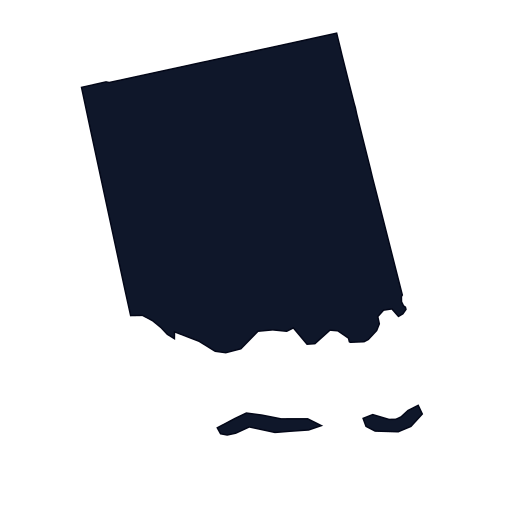 Jackson, Mississippi, United States of America, rotated 348°
{"feature_id": "52423323B10934602069357", "entity_name": "Jackson", "entity_type": "district", "adm_level": 2, "iso_a3": "USA", "parent_name": "United States of America", "parent_adm1": "Mississippi", "projection": "equal_earth", "projection_center": [-88.578, 30.463], "detail": "fine", "context": "isolated", "style": "filled", "palette": "ink", "viewbox_px": 512, "rotation_deg": 348, "n_neighbors": 0, "source": "geoboundaries", "source_scale": "gbopen_adm2", "svg_char_len": 1301}
<svg xmlns="http://www.w3.org/2000/svg" viewBox="0 0 512 512"><g transform="rotate(348 256 256)"><path d="M120.4,54.8L120.4,97.7L120.6,183.4L120.8,262.2L121.0,288.2L132.7,290.5L141.5,297.9L148.3,306.4L153.0,314.2L159.0,319.9L160.5,313.2L182.6,327.6L195.1,339.6L196.3,340.7L206.3,344.3L221.9,343.6L242.3,330.0L256.7,331.7L256.9,331.7L270.4,336.0L277.6,334.1L287.6,352.9L295.4,354.0L312.9,343.9L320.5,346.2L329.4,355.6L329.5,359.3L330.3,360.0L343.9,362.3L348.5,361.0L358.5,354.0L362.5,348.0L362.5,340.6L369.5,335.5L377.9,336.0L382.8,344.7L387.6,343.1L391.6,339.4L391.5,337.1L389.9,335.4L388.8,331.0L389.8,325.9L391.0,324.6L386.9,220.3L386.2,203.9L386.0,196.4L386.0,195.1L385.6,184.2L384.8,162.2L384.0,137.9L384.0,131.3L383.7,127.4L382.8,104.0L381.8,76.3L381.7,71.5L381.3,58.6L381.3,57.6L381.2,54.8L306.5,55.2L243.9,55.4L148.5,55.8L145.5,54.5L120.4,54.8ZM182.4,416.0L184.4,422.5L190.6,425.1L199.3,425.1L213.9,421.8L237.8,432.5L239.8,432.8L253.0,434.5L271.3,437.1L284.6,435.5L272.7,426.0L246.6,420.5L240.1,417.7L228.6,412.8L213.9,407.6L201.8,410.5L182.4,416.0ZM327.0,437.1L328.2,445.5L336.1,452.0L358.6,457.5L361.5,456.9L372.1,454.9L385.8,445.1L383.6,435.8L372.6,438.7L364.5,443.5L361.2,444.3L358.8,444.8L352.1,443.5L337.2,435.4L327.0,437.1Z" fill="#0f172a" stroke="#020617" stroke-width="1.5"/></g></svg>